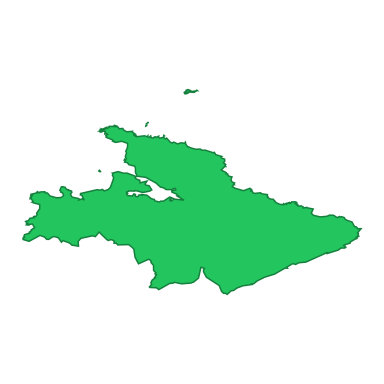 outline of Carndonagh Lea-4, Donegal, Ireland
{"feature_id": "5873133B51648159491846", "entity_name": "Carndonagh Lea-4", "entity_type": "district", "adm_level": 2, "iso_a3": "IRL", "parent_name": "Ireland", "parent_adm1": "Donegal", "projection": "natural_earth1", "projection_center": [-7.257, 55.295], "detail": "fine", "context": "isolated", "style": "filled", "palette": "green", "viewbox_px": 384, "rotation_deg": 0, "n_neighbors": 0, "source": "geoboundaries", "source_scale": "gbopen_adm2", "svg_char_len": 6023}
<svg xmlns="http://www.w3.org/2000/svg" viewBox="0 0 384 384"><path d="M23.1,239.5L29.1,241.3L40.0,235.4L44.6,237.1L46.6,239.3L48.8,239.4L52.9,236.7L55.0,236.7L58.3,237.7L61.4,242.2L63.0,240.6L69.8,243.1L71.8,245.1L78.5,246.2L78.2,241.4L80.9,238.3L92.5,235.8L95.4,236.6L99.1,232.1L106.7,239.5L108.4,240.5L111.0,239.6L112.8,240.2L114.4,241.4L114.0,243.2L116.3,243.2L117.7,244.9L128.6,244.6L131.3,246.6L133.8,249.0L135.1,257.4L138.5,263.8L148.3,259.4L149.8,259.7L151.3,261.7L151.0,262.5L153.5,265.4L153.6,270.5L155.9,272.8L155.0,273.9L156.5,274.7L155.3,276.2L155.5,277.2L154.5,277.5L154.8,278.2L152.2,280.0L150.9,282.8L151.6,284.4L149.4,286.9L149.9,287.5L156.5,287.8L158.8,289.6L169.8,283.4L173.1,283.2L174.4,282.3L181.5,283.8L190.7,283.1L193.7,282.0L198.5,278.1L200.9,267.3L204.4,268.4L203.6,269.7L203.5,271.8L206.4,277.2L219.2,285.5L221.6,291.5L223.6,293.3L225.9,293.4L227.1,294.4L231.3,290.7L233.6,290.5L236.8,288.1L242.9,285.8L252.0,284.5L251.6,284.0L253.9,283.6L257.2,280.9L264.6,277.2L274.6,274.1L285.0,268.1L287.4,268.2L286.7,267.2L292.6,263.7L295.5,264.3L295.2,264.7L298.7,262.8L305.9,262.1L327.2,252.5L328.1,252.7L326.3,253.8L338.5,250.0L340.8,248.1L344.9,248.0L345.8,247.2L344.6,246.5L344.8,245.5L343.8,245.4L344.2,245.0L350.2,243.1L350.3,242.0L355.5,238.9L354.9,238.2L356.3,238.8L357.2,238.0L356.6,237.1L359.4,236.1L357.8,236.0L358.4,233.5L357.5,232.9L361.0,228.7L357.7,228.7L356.5,227.0L354.5,226.5L352.0,222.0L346.9,220.3L345.0,219.1L344.3,217.6L341.6,216.7L340.0,217.1L339.6,216.5L337.1,217.6L333.6,215.3L329.5,215.1L326.9,216.3L320.2,216.9L313.4,215.3L311.3,213.2L313.2,209.0L306.6,207.7L307.5,207.5L307.0,207.4L303.3,207.9L303.2,207.0L301.3,205.9L298.2,206.1L297.5,205.6L297.9,205.1L296.7,204.7L297.1,204.0L295.3,203.6L296.6,202.4L295.6,201.9L291.8,201.8L290.7,203.2L289.6,202.4L288.8,202.7L289.3,203.3L287.2,203.2L286.7,204.2L286.0,203.4L284.4,204.4L283.6,203.8L283.5,204.6L280.0,204.4L276.1,202.6L274.7,201.3L275.6,200.9L274.7,201.2L273.4,199.3L270.5,199.1L267.6,197.5L268.0,196.7L267.0,195.7L267.4,194.6L261.8,193.8L260.6,192.8L254.5,193.4L252.8,192.6L252.3,191.2L251.0,191.0L251.5,190.3L250.9,190.3L251.2,189.2L249.9,188.3L243.5,190.7L235.2,188.3L232.3,186.7L233.4,184.8L234.4,184.7L233.8,183.8L234.6,183.0L232.2,182.1L230.9,179.9L232.0,176.9L229.0,176.2L227.9,175.3L227.8,174.1L228.3,174.2L226.9,173.7L226.2,173.9L226.2,172.6L221.2,170.0L224.9,166.4L225.7,166.5L225.0,165.2L225.7,164.4L223.5,162.9L224.8,161.0L224.6,159.1L221.7,158.1L220.9,156.9L221.7,156.4L215.8,154.7L214.3,152.3L213.4,152.8L205.1,150.1L202.3,150.3L200.1,149.0L195.8,149.3L191.5,148.1L187.5,146.5L185.8,144.2L185.4,142.2L184.6,143.2L181.0,142.8L177.6,143.9L173.8,142.1L172.4,142.9L170.5,142.4L166.6,138.1L165.3,138.9L163.7,137.5L159.4,138.1L158.5,137.4L158.7,136.2L155.9,137.4L155.4,137.1L155.9,136.8L154.5,136.9L153.0,138.1L151.1,137.6L150.7,135.9L149.1,137.4L147.8,136.8L147.8,135.9L147.2,136.7L144.5,135.8L136.5,136.7L135.4,136.1L135.8,135.6L134.1,135.3L133.8,134.4L135.2,134.1L132.3,132.1L132.5,131.3L126.8,131.8L124.1,130.4L122.7,128.4L119.3,128.8L117.9,127.0L116.5,126.6L109.3,126.3L108.8,127.4L107.9,127.3L108.5,127.7L105.6,128.6L106.2,127.5L103.5,128.7L104.3,129.6L100.3,130.4L99.4,131.0L101.6,131.0L99.5,132.0L101.7,132.0L103.2,131.0L105.2,131.5L104.8,133.9L106.2,133.3L107.6,134.4L105.8,135.4L106.3,136.5L105.5,136.6L106.3,136.7L106.1,137.3L112.4,139.8L113.5,140.9L112.8,141.2L114.0,141.9L115.8,142.4L121.8,141.3L127.6,143.4L127.5,147.3L125.8,151.2L126.5,153.0L125.3,156.6L126.3,158.6L124.6,162.1L127.5,162.7L128.7,164.6L134.7,166.2L135.4,168.0L135.5,172.6L137.3,176.3L145.6,177.3L156.1,183.1L160.4,187.1L163.3,187.7L166.2,189.6L172.3,189.6L173.7,188.4L175.5,188.5L175.7,190.0L171.8,190.7L171.9,192.1L176.9,194.2L177.0,195.2L178.3,195.9L177.3,196.1L184.0,200.1L174.1,199.1L172.0,200.5L171.2,200.1L170.8,201.0L169.7,200.1L170.4,198.7L172.6,198.2L169.8,197.0L163.4,201.2L160.8,201.1L159.4,202.0L154.9,200.9L154.4,199.5L151.4,198.7L146.9,195.2L141.6,194.5L141.8,195.1L139.0,194.9L137.8,196.7L135.6,196.4L135.0,195.1L135.4,194.5L133.8,193.9L132.4,196.0L127.5,195.5L126.5,194.0L127.6,193.5L126.6,192.1L128.7,191.3L127.9,190.9L134.7,191.1L135.3,190.5L142.9,192.5L149.8,191.1L151.8,189.9L149.1,185.7L146.1,185.2L145.0,184.1L147.0,181.1L140.0,182.8L139.8,180.3L136.1,178.9L135.1,177.5L136.1,176.7L135.1,176.1L127.0,173.1L123.5,173.2L118.2,171.6L112.5,173.1L113.0,173.4L112.4,175.5L113.6,177.2L113.1,179.9L110.4,187.3L108.2,189.6L104.1,190.9L102.5,189.4L99.9,190.2L97.1,189.7L80.5,193.5L80.4,195.0L81.6,194.9L84.2,200.2L82.3,198.8L79.0,199.9L79.4,199.2L78.5,198.5L72.1,197.1L70.4,194.2L71.9,192.3L71.5,191.0L68.5,190.4L68.6,189.7L66.5,189.4L65.1,187.3L62.7,186.7L61.3,186.9L59.8,190.4L61.0,191.3L60.8,192.2L62.6,193.0L63.6,195.2L62.4,196.8L60.2,197.7L56.2,197.7L49.9,195.9L47.5,193.0L45.2,192.9L45.0,191.8L40.9,191.9L30.9,194.3L30.9,195.3L32.4,195.0L31.0,197.8L30.4,197.1L30.0,198.8L31.2,198.7L33.1,201.6L32.5,202.0L33.3,202.0L32.5,202.2L33.1,202.8L39.7,204.5L39.7,208.7L36.6,213.2L37.2,214.4L35.6,216.7L34.3,216.3L33.6,216.6L34.0,217.7L29.9,218.3L28.4,220.6L25.7,221.4L26.5,222.2L26.3,223.0L27.8,223.6L26.4,224.8L28.9,225.1L28.9,224.5L32.4,224.0L34.6,227.7L31.3,229.8L31.6,230.5L29.3,232.2L29.7,233.1L24.5,234.7L23.9,236.6L24.5,237.4L23.0,238.0L23.1,239.5ZM184.6,93.3L187.3,92.4L186.1,93.7L186.9,93.6L189.8,92.0L194.0,92.4L196.7,90.8L189.0,91.9L190.4,90.5L187.9,89.6L185.5,90.5L187.5,90.4L184.2,92.4L184.6,93.3ZM112.8,126.0L116.4,126.4L116.7,126.1L114.6,125.4L114.6,126.1L112.8,126.0ZM100.5,171.4L99.3,170.3L98.8,171.0L100.1,171.8L100.5,171.4ZM147.3,125.3L145.9,125.4L145.8,126.1L147.3,125.3ZM163.9,135.3L163.5,136.6L164.5,135.9L163.9,135.3ZM99.9,129.6L102.3,129.7L99.6,129.4L99.9,129.6ZM37.6,191.6L37.2,191.9L38.1,192.3L37.6,191.6ZM146.6,123.7L147.6,123.9L145.7,123.6L146.6,123.7ZM148.8,122.4L147.6,122.6L147.6,122.9L148.8,122.4ZM102.1,129.0L102.7,129.6L103.3,129.3L102.1,129.0ZM124.6,159.2L124.3,160.0L125.3,159.8L124.6,159.2ZM197.1,90.3L195.9,90.3L197.3,90.5L197.1,90.3Z" fill="#22c55e" stroke="#15803d" stroke-width="1.5"/></svg>